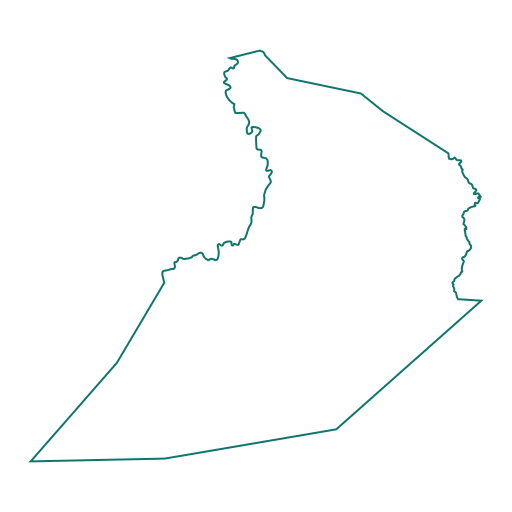 outline of Macaracas, Los Santos, Panama
{"feature_id": "35544464B79147268573624", "entity_name": "Macaracas", "entity_type": "district", "adm_level": 2, "iso_a3": "PAN", "parent_name": "Panama", "parent_adm1": "Los Santos", "projection": "albers", "projection_center": [-80.516, 7.678], "detail": "fine", "context": "isolated", "style": "outline", "palette": "teal", "viewbox_px": 512, "rotation_deg": 0, "n_neighbors": 0, "source": "geoboundaries", "source_scale": "gbopen_adm2", "svg_char_len": 6034}
<svg xmlns="http://www.w3.org/2000/svg" viewBox="0 0 512 512"><path d="M30.7,461.4L164.6,458.6L336.3,429.3L481.3,300.7L458.0,299.2L456.9,297.0L456.2,293.6L456.0,292.8L455.6,292.3L454.5,291.5L454.1,291.1L454.3,289.1L454.2,288.5L454.0,288.0L453.2,286.5L453.0,286.0L453.1,285.5L453.5,284.9L453.5,284.7L453.3,284.3L452.6,283.5L452.4,283.0L452.5,282.5L453.0,281.8L453.8,281.4L454.2,281.0L454.4,280.3L454.4,279.5L454.9,278.7L456.7,277.2L458.1,276.3L458.8,276.0L460.4,274.2L460.6,273.7L460.7,272.9L460.9,272.5L462.0,271.7L462.3,271.3L462.3,271.1L462.0,270.5L461.8,269.0L462.0,266.9L462.7,264.5L463.6,262.3L463.8,261.7L463.7,261.2L463.5,260.7L462.2,259.1L462.1,258.6L462.3,258.0L462.5,257.6L463.0,257.2L463.6,257.0L464.3,256.9L464.7,256.6L465.3,255.7L465.8,255.1L466.9,251.8L467.2,251.4L467.6,251.0L468.3,251.0L469.6,250.0L470.6,248.7L470.9,248.0L471.1,246.5L471.0,245.8L469.7,244.0L469.4,243.4L469.4,242.3L469.3,241.9L468.4,241.0L466.8,238.8L466.7,237.3L465.6,235.8L465.6,234.4L465.2,233.2L465.2,232.1L464.7,230.2L464.7,229.5L464.9,228.8L465.5,228.8L466.1,229.0L466.4,228.9L466.4,228.7L466.3,227.7L466.2,227.4L465.5,226.2L464.4,224.9L463.8,224.4L463.5,224.1L463.5,223.4L464.3,221.2L464.3,219.2L463.9,218.3L462.7,217.2L462.5,216.9L462.3,216.4L462.3,215.7L463.3,214.1L464.1,211.9L464.6,211.3L466.4,211.0L467.4,210.7L467.8,210.1L468.0,209.4L468.2,208.9L469.1,208.2L469.9,207.7L471.9,206.9L475.2,206.0L475.4,205.7L475.3,205.4L474.9,205.0L474.7,204.6L475.1,202.9L475.5,202.8L477.2,203.3L477.7,203.1L478.1,202.7L478.7,201.8L479.3,200.4L479.9,199.3L479.7,198.5L478.5,198.2L478.1,197.9L478.1,197.7L478.3,197.2L478.5,197.0L479.7,197.3L480.3,197.3L480.5,197.2L480.7,196.8L480.4,196.2L479.2,194.8L478.9,194.0L478.2,193.4L477.4,193.4L476.2,193.8L474.5,194.1L474.2,194.1L474.0,193.9L473.9,193.4L475.7,191.2L476.2,190.2L476.2,189.6L475.4,188.9L473.8,188.5L473.2,188.1L472.9,187.5L472.3,185.3L471.9,184.7L471.5,184.2L470.9,183.8L469.4,183.2L468.9,182.8L468.6,182.1L467.6,179.2L466.9,178.5L465.7,177.9L464.9,177.0L464.4,176.3L463.1,173.9L462.2,171.7L462.2,170.8L462.7,169.7L462.6,169.4L461.6,168.7L461.3,168.1L461.2,166.9L460.3,165.7L459.2,164.7L459.0,164.2L459.2,163.7L460.8,162.1L461.1,161.6L461.2,161.3L461.1,160.6L460.8,160.4L460.4,160.3L457.6,160.2L456.8,160.0L456.4,159.7L455.3,158.1L454.7,157.7L454.2,157.9L452.9,158.9L452.2,159.2L450.7,159.2L449.2,158.8L449.0,158.5L448.8,157.6L448.6,156.3L448.6,154.4L448.3,153.3L382.9,111.2L360.9,93.5L287.2,78.1L265.0,55.3L264.8,55.0L264.6,54.1L264.3,53.4L263.5,52.2L263.0,51.8L262.3,51.4L261.0,51.2L259.8,50.6L229.7,58.1L231.0,58.7L233.4,58.8L236.2,59.3L237.0,59.8L237.5,60.5L237.9,61.4L238.0,62.3L237.8,62.8L237.4,63.5L236.5,64.3L234.9,65.5L234.2,66.3L234.0,67.9L233.7,68.3L233.3,68.5L232.9,68.4L232.4,68.2L231.2,67.5L230.9,67.4L230.6,67.5L229.4,68.5L228.9,69.1L228.4,70.1L227.7,70.7L227.2,71.0L225.0,71.7L224.5,72.2L224.3,72.6L224.2,73.1L224.2,73.8L224.6,75.5L225.4,77.2L226.8,78.5L226.9,79.1L226.8,79.6L226.5,80.0L224.3,81.6L223.9,82.2L223.9,82.7L224.2,83.0L226.1,84.1L228.6,85.1L229.2,85.5L230.2,86.4L230.5,87.4L230.3,88.1L229.6,88.7L227.3,90.0L226.4,90.3L226.0,90.7L225.7,91.7L225.6,92.4L225.8,93.5L226.3,95.3L227.2,97.2L229.3,100.2L231.7,102.3L232.3,103.0L234.3,104.1L234.3,104.9L233.8,106.7L233.8,107.6L234.0,108.7L235.3,112.8L235.8,113.0L237.6,113.1L243.0,112.7L244.1,113.0L244.6,113.4L245.1,114.1L245.5,114.8L245.9,115.8L248.1,119.0L249.0,121.0L249.2,122.4L248.9,124.1L248.0,125.7L247.5,126.4L246.8,127.9L246.7,129.5L246.8,131.2L247.2,132.8L247.7,133.7L248.0,133.9L248.4,134.0L249.5,133.8L250.9,133.0L251.7,132.4L252.1,131.9L252.3,131.4L252.3,130.7L251.5,127.8L251.7,127.4L252.0,127.1L252.8,127.0L255.4,127.2L258.2,127.9L259.0,128.3L260.0,129.1L260.4,129.6L260.7,130.3L260.6,131.0L259.2,133.5L258.0,134.8L256.5,135.8L256.1,136.6L256.1,139.7L256.1,141.8L256.2,143.2L256.5,148.3L257.0,149.1L257.6,149.5L258.0,149.6L259.3,149.6L260.0,149.8L261.0,150.1L261.4,150.5L261.6,150.9L261.6,151.9L261.2,153.9L261.2,155.5L261.2,156.4L261.5,156.9L262.0,157.2L262.7,157.6L266.0,158.3L266.9,159.2L267.5,160.2L267.7,161.1L267.8,164.2L267.2,166.6L266.6,168.0L266.2,169.3L266.2,170.2L266.3,170.6L266.8,170.8L267.5,170.8L270.5,170.1L271.2,170.5L271.6,170.9L271.8,171.3L271.7,172.4L271.3,173.3L270.9,174.0L269.3,175.7L269.0,176.3L269.2,177.6L269.7,178.5L270.7,180.7L270.8,181.8L270.7,182.5L270.3,183.1L268.4,185.4L266.0,189.0L265.5,190.3L264.4,193.8L264.1,195.2L264.2,196.7L264.4,198.6L264.3,199.9L264.3,200.9L263.8,203.6L263.2,206.3L263.0,206.7L262.5,207.4L262.0,207.8L261.1,208.1L259.0,208.1L256.1,207.1L255.5,207.0L254.0,206.9L253.6,207.0L253.3,207.2L253.0,208.2L252.8,209.3L252.8,210.8L252.7,214.0L252.3,215.0L251.3,217.0L251.5,221.5L251.4,222.5L251.2,223.3L250.1,225.3L249.0,227.0L248.0,229.7L246.6,234.3L245.1,238.1L244.6,238.7L243.7,239.3L243.0,239.4L241.4,239.2L240.9,239.3L240.4,239.6L239.1,243.0L238.9,244.0L238.5,244.6L238.0,244.8L237.2,244.8L234.5,243.9L234.1,244.0L233.2,245.2L232.7,245.5L232.3,245.4L231.8,245.1L231.6,244.7L231.4,242.1L231.1,241.8L230.8,241.7L229.9,241.4L226.7,241.7L224.7,242.5L224.0,243.0L222.9,245.0L222.5,245.4L222.1,245.6L221.6,245.6L221.1,245.5L220.4,244.9L219.3,244.1L218.7,244.1L217.9,244.7L217.7,245.1L217.7,245.8L218.5,250.1L218.7,251.7L218.7,254.3L218.3,256.7L217.5,258.9L217.3,259.3L216.7,259.8L216.3,260.0L215.3,260.2L213.5,259.2L212.2,258.9L210.6,258.9L210.0,259.1L208.7,260.1L208.3,260.1L207.5,259.8L205.8,258.8L204.4,257.3L203.7,256.3L202.8,254.1L201.7,252.8L200.7,252.8L200.0,252.8L198.4,253.4L196.7,254.7L194.5,255.4L193.2,255.7L192.6,256.1L192.2,256.8L191.7,257.2L191.0,257.6L189.9,257.8L188.4,258.5L185.9,258.7L184.5,259.0L183.8,259.0L183.3,258.9L182.2,258.2L181.7,258.0L180.1,257.6L179.4,257.7L178.3,258.6L178.2,259.0L178.0,260.3L177.0,261.5L176.5,261.9L174.8,262.2L174.4,262.7L174.3,263.1L174.9,266.1L175.0,266.9L174.6,267.8L173.7,268.9L173.3,269.0L172.1,269.0L171.4,269.0L167.8,270.1L164.2,270.8L163.2,271.1L162.8,271.4L162.6,271.8L162.3,273.2L162.4,275.1L163.3,278.7L163.4,279.3L164.3,282.7L116.9,362.8L30.7,461.4Z" fill="none" stroke="#0f766e" stroke-width="2"/></svg>